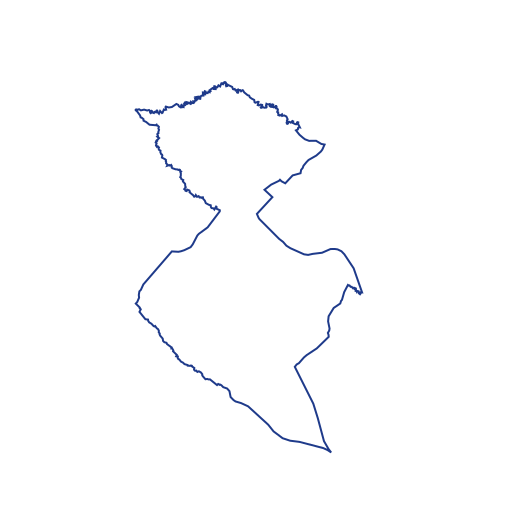 Sida, Nakhon Ratchasima, Thailand (Robinson projection), rotated 132°
{"feature_id": "78962969B50986245619578", "entity_name": "Sida", "entity_type": "district", "adm_level": 2, "iso_a3": "THA", "parent_name": "Thailand", "parent_adm1": "Nakhon Ratchasima", "projection": "robinson", "projection_center": [102.538, 15.566], "detail": "fine", "context": "isolated", "style": "outline", "palette": "blue", "viewbox_px": 512, "rotation_deg": 132, "n_neighbors": 0, "source": "geoboundaries", "source_scale": "gbopen_adm2", "svg_char_len": 6160}
<svg xmlns="http://www.w3.org/2000/svg" viewBox="0 0 512 512"><g transform="rotate(132 256 256)"><path d="M199.8,175.2L195.6,191.5L195.3,195.7L196.5,199.8L198.1,202.2L201.0,205.3L209.4,209.1L216.5,215.3L220.3,218.0L222.6,221.4L227.2,235.7L228.0,240.3L227.4,245.2L227.8,250.2L226.3,278.0L225.9,279.6L224.1,283.5L201.3,283.2L201.1,294.0L192.8,292.5L184.7,289.2L183.3,289.2L183.4,287.0L182.4,282.9L171.6,282.7L164.7,278.3L161.8,280.1L159.4,280.2L157.1,281.1L152.5,281.3L149.5,281.2L141.0,278.4L135.0,277.7L132.6,277.9L127.3,279.6L129.0,282.4L130.2,288.5L134.9,293.6L136.5,297.7L136.7,300.3L136.8,304.8L135.9,310.4L133.9,309.6L132.7,310.4L131.7,310.3L131.1,309.4L129.6,313.2L128.4,314.0L128.7,314.7L129.3,314.9L130.9,314.0L131.7,315.0L132.6,318.2L131.1,318.5L131.3,319.3L133.7,319.5L134.1,321.3L134.6,321.8L136.1,320.9L136.7,321.0L137.0,321.6L136.3,322.6L135.0,323.0L134.5,323.8L133.2,324.0L132.0,326.8L132.7,329.2L134.4,330.3L133.4,331.5L135.7,332.2L136.3,333.5L135.6,333.7L135.5,334.8L134.4,335.6L134.7,336.7L132.7,337.5L132.2,338.7L132.9,339.9L132.7,340.4L131.3,340.6L131.0,341.3L131.3,341.7L132.4,341.6L133.5,342.1L133.2,343.3L132.0,344.4L132.4,345.4L133.8,346.0L134.6,344.0L135.3,345.0L135.4,346.1L133.9,347.5L135.5,348.6L135.9,350.1L137.6,349.2L138.1,347.8L138.8,347.7L140.3,349.1L140.8,351.1L141.9,350.9L142.5,351.4L142.4,351.9L140.1,352.0L139.6,352.5L140.3,353.8L142.2,354.6L142.7,355.7L139.8,357.2L140.0,357.7L142.5,359.0L142.7,359.9L141.2,361.8L141.9,364.3L142.2,366.8L141.4,368.4L142.1,369.8L142.3,374.3L141.6,376.5L141.9,377.1L143.6,377.3L143.3,378.8L144.2,379.9L146.6,378.6L147.1,379.1L147.1,379.6L144.8,381.0L146.7,381.9L146.1,383.6L147.2,384.2L147.4,384.8L146.3,386.8L147.6,391.3L148.0,391.6L148.9,391.1L149.8,391.7L149.2,392.7L147.8,392.7L148.1,394.0L147.3,394.5L147.5,395.5L148.2,395.9L150.4,395.4L150.6,395.9L150.3,396.9L150.8,397.3L154.0,396.1L154.3,398.1L156.5,397.6L157.3,398.0L157.2,399.7L157.7,400.6L158.1,400.4L158.3,398.4L159.0,397.7L160.3,399.3L159.8,400.1L160.1,400.6L163.8,401.4L163.9,400.2L164.7,400.5L165.3,400.0L165.9,401.3L167.3,400.9L168.4,402.4L167.5,403.4L167.8,404.3L168.9,403.8L169.0,402.4L169.6,402.0L170.0,403.2L169.5,404.1L170.0,404.9L171.0,403.9L170.4,403.1L170.6,402.5L171.5,403.3L172.1,402.5L173.3,403.8L174.5,403.9L176.5,402.6L177.1,403.5L176.3,403.8L176.0,404.7L178.1,404.6L176.7,405.9L178.3,407.1L178.4,405.8L178.9,405.1L179.8,406.5L180.7,404.8L181.3,405.3L182.0,405.0L182.9,406.0L183.3,404.8L184.1,404.7L184.7,405.4L185.0,407.2L185.9,406.2L186.7,406.2L186.9,407.1L186.2,407.7L187.6,408.5L187.4,409.3L187.9,410.2L188.7,408.8L189.5,409.1L189.8,410.6L189.0,411.2L189.4,411.6L191.0,411.3L191.6,409.8L192.6,410.5L193.8,409.5L194.3,410.7L193.5,412.4L194.1,412.5L195.3,410.8L196.0,411.4L196.3,413.4L195.7,414.9L196.3,416.9L201.6,418.2L204.0,420.2L205.3,423.0L205.9,422.9L207.4,420.7L208.5,421.5L208.8,422.5L212.1,421.3L212.7,421.5L212.4,424.3L215.2,423.3L215.0,425.3L214.1,426.4L214.1,427.0L214.7,427.2L216.2,426.5L216.8,427.8L218.1,427.5L218.5,428.5L217.9,430.1L218.1,430.9L219.1,431.0L219.7,429.7L220.3,429.8L220.2,430.7L219.1,432.1L219.1,433.2L220.7,434.2L222.1,437.1L224.8,439.0L225.2,441.1L226.3,441.7L227.3,443.2L227.8,443.3L228.2,442.9L228.1,441.1L229.1,436.2L230.2,434.5L229.7,433.4L229.6,431.2L230.7,430.1L229.9,427.3L229.7,423.0L226.0,418.1L224.9,417.8L225.3,416.9L224.9,416.3L225.0,414.6L226.6,413.8L227.1,412.5L229.4,411.5L229.9,410.7L231.5,410.9L232.4,409.1L233.4,409.3L233.2,406.9L235.8,407.0L236.4,406.6L236.6,407.2L237.0,407.2L238.8,406.5L238.7,405.3L240.8,404.3L241.2,402.6L240.2,402.4L240.3,400.7L241.1,400.5L242.0,399.3L241.6,397.5L242.9,396.5L243.8,394.5L243.5,393.7L243.9,392.9L245.8,391.8L244.9,388.3L244.9,387.1L245.9,386.6L246.1,385.8L247.3,384.8L247.3,382.7L248.4,382.4L246.4,381.2L246.4,380.4L245.1,380.0L245.5,378.8L246.7,377.8L246.7,376.9L245.4,373.8L244.1,372.1L244.1,371.3L243.0,370.6L242.9,370.1L243.6,369.4L243.3,368.2L244.4,368.1L244.8,367.2L246.9,365.4L248.1,365.1L248.1,364.2L248.8,362.8L248.2,360.9L249.5,360.2L249.8,357.0L251.5,355.2L251.8,354.3L254.3,354.1L254.3,352.6L254.7,352.0L254.2,351.0L252.7,351.6L251.9,349.4L252.3,348.4L253.1,348.0L252.9,343.3L253.3,341.6L252.3,341.1L251.0,341.5L251.5,339.4L249.9,338.7L250.3,337.1L249.5,336.6L249.4,335.6L248.5,335.4L247.9,334.7L248.8,333.7L249.1,331.1L250.3,328.7L249.5,325.3L248.6,323.6L249.8,322.3L250.1,321.1L249.0,319.4L249.3,318.1L246.0,318.7L246.0,318.0L247.4,317.4L246.2,313.5L247.1,312.8L267.1,311.1L277.7,313.3L280.0,313.3L289.7,310.8L293.2,310.5L299.7,313.2L302.8,315.0L304.8,316.5L308.9,321.6L352.5,320.7L358.2,318.9L360.3,319.0L363.4,317.0L365.2,315.0L369.6,313.5L371.8,313.5L372.1,307.8L372.7,307.4L372.7,306.0L375.5,305.2L377.0,295.9L375.5,293.7L376.3,292.8L376.8,291.0L376.3,288.4L376.6,285.2L376.3,284.3L375.5,284.1L376.1,281.3L375.9,279.8L376.6,278.1L377.8,277.2L378.0,275.7L378.7,275.3L379.3,274.0L379.8,270.1L381.3,268.2L381.4,266.4L380.4,264.5L381.0,263.1L380.5,258.1L381.1,257.3L380.5,257.2L381.5,254.2L382.3,253.9L382.5,248.6L383.9,248.2L383.0,246.8L384.1,246.1L384.6,244.6L384.2,243.9L384.7,241.1L384.1,238.9L384.2,236.8L382.8,233.9L383.2,233.4L381.7,231.4L380.9,231.1L380.5,230.2L380.9,229.7L380.5,226.9L381.9,226.0L382.1,225.0L382.0,224.4L381.1,223.7L381.4,222.0L379.9,221.3L379.4,219.0L379.8,216.8L380.5,216.3L380.9,215.3L381.4,211.1L380.0,210.0L379.5,208.7L378.5,207.7L378.0,198.6L376.4,198.5L376.1,196.9L375.6,196.8L375.2,195.2L375.4,192.6L373.8,188.8L374.2,185.3L377.8,180.5L378.1,176.3L377.8,173.9L375.3,168.7L373.0,161.3L373.2,134.0L374.6,125.6L373.6,114.3L370.4,107.0L365.1,99.4L353.7,77.4L352.3,72.9L351.7,68.7L350.9,73.0L348.1,81.6L335.2,101.5L327.4,114.6L312.4,153.0L309.3,153.2L307.0,152.4L299.3,152.5L295.6,152.0L284.0,149.0L267.4,147.9L266.0,149.4L265.1,151.1L262.4,151.7L260.7,152.8L256.3,158.7L252.2,161.7L242.6,163.5L234.9,161.6L232.6,162.7L231.0,162.8L223.8,166.3L216.0,168.3L215.9,167.2L215.3,166.8L215.6,165.1L214.9,164.3L215.1,162.3L214.0,162.0L213.3,160.1L213.5,159.8L214.6,160.0L214.5,158.8L215.2,158.5L214.8,157.9L215.1,157.2L214.3,157.4L213.6,156.2L214.9,154.7L214.8,153.1L213.9,153.2L214.0,154.0L213.1,154.1L212.1,152.8L199.8,175.2Z" fill="none" stroke="#1e3a8a" stroke-width="2"/></g></svg>